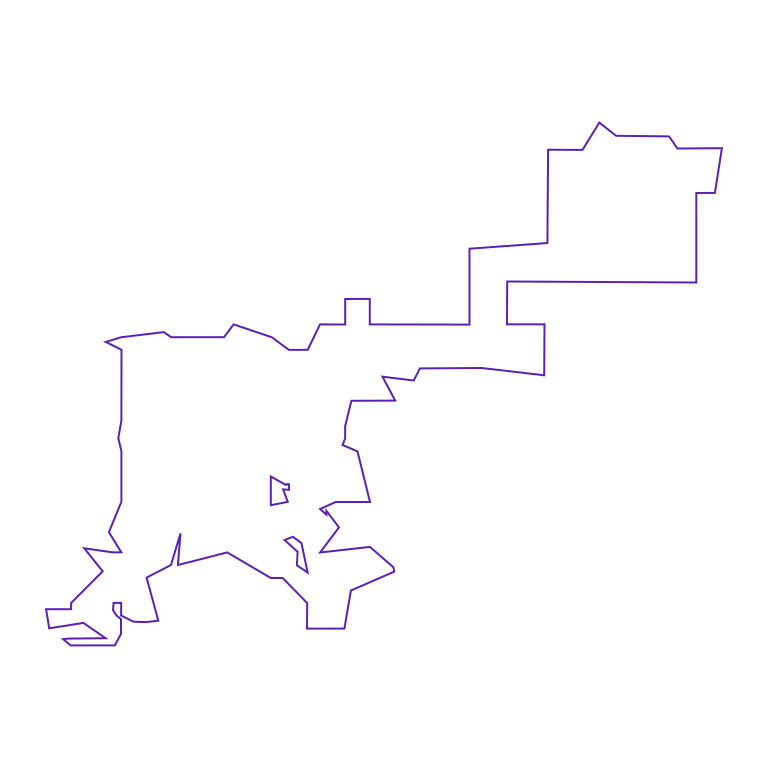 Denver, Colorado, United States of America (Equal Earth projection)
{"feature_id": "52423323B36183009250393", "entity_name": "Denver", "entity_type": "district", "adm_level": 2, "iso_a3": "USA", "parent_name": "United States of America", "parent_adm1": "Colorado", "projection": "equal_earth", "projection_center": [-104.927, 39.764], "detail": "fine", "context": "isolated", "style": "outline", "palette": "violet", "viewbox_px": 768, "rotation_deg": 0, "n_neighbors": 0, "source": "geoboundaries", "source_scale": "gbopen_adm2", "svg_char_len": 1559}
<svg xmlns="http://www.w3.org/2000/svg" viewBox="0 0 768 768"><path d="M121.4,337.2L105.7,341.9L121.5,349.8L121.4,398.9L121.4,420.5L118.3,438.3L121.4,451.0L121.4,489.1L121.4,501.7L108.9,532.2L121.3,552.3L112.2,552.3L84.3,548.3L102.7,571.3L71.1,603.0L71.1,609.2L70.4,609.2L46.1,609.2L49.2,628.3L83.4,622.9L105.5,638.2L68.2,638.6L63.2,639.2L70.6,645.4L114.8,645.4L121.0,634.0L121.0,619.1L116.3,615.3L113.0,610.1L113.6,602.9L121.2,602.9L121.1,615.5L133.5,621.7L145.7,622.1L158.3,620.7L146.6,577.6L171.0,565.0L180.5,533.3L177.9,565.0L227.2,552.4L270.8,578.0L282.7,578.0L307.2,603.1L307.0,628.6L344.4,628.6L350.9,590.5L394.3,571.6L393.4,567.3L369.9,546.9L320.1,552.5L339.0,527.4L326.4,510.8L326.4,511.1L327.3,512.3L326.4,512.3L326.4,514.6L320.1,509.0L335.7,502.0L370.0,502.0L357.5,451.4L342.5,445.0L345.1,438.7L345.2,426.0L351.4,400.8L395.2,400.6L382.5,376.7L413.7,380.5L420.0,368.4L481.7,368.0L544.2,375.3L544.5,324.3L507.0,324.3L507.2,281.5L696.3,282.5L696.3,193.0L714.9,192.9L721.9,148.2L677.5,148.5L669.0,136.4L616.1,135.8L599.3,122.6L582.5,149.9L558.0,149.8L548.1,149.7L547.4,243.0L469.5,248.7L469.5,324.6L369.8,324.4L369.8,298.9L345.2,299.0L345.2,324.5L320.0,324.4L307.7,349.8L288.9,349.9L271.9,337.3L233.6,324.4L224.0,337.2L171.1,337.2L163.8,332.1L121.4,337.2ZM270.8,505.2L270.8,476.5L285.5,484.8L286.1,484.8L286.1,484.2L287.2,484.2L287.2,484.4L289.0,484.3L289.0,484.6L289.0,489.8L283.1,489.4L287.8,501.9L270.8,505.2ZM284.6,540.0L293.0,536.8L301.5,543.2L307.6,572.5L296.9,565.3L297.6,551.8L284.6,540.0Z" fill="none" stroke="#5b21b6" stroke-width="2"/></svg>